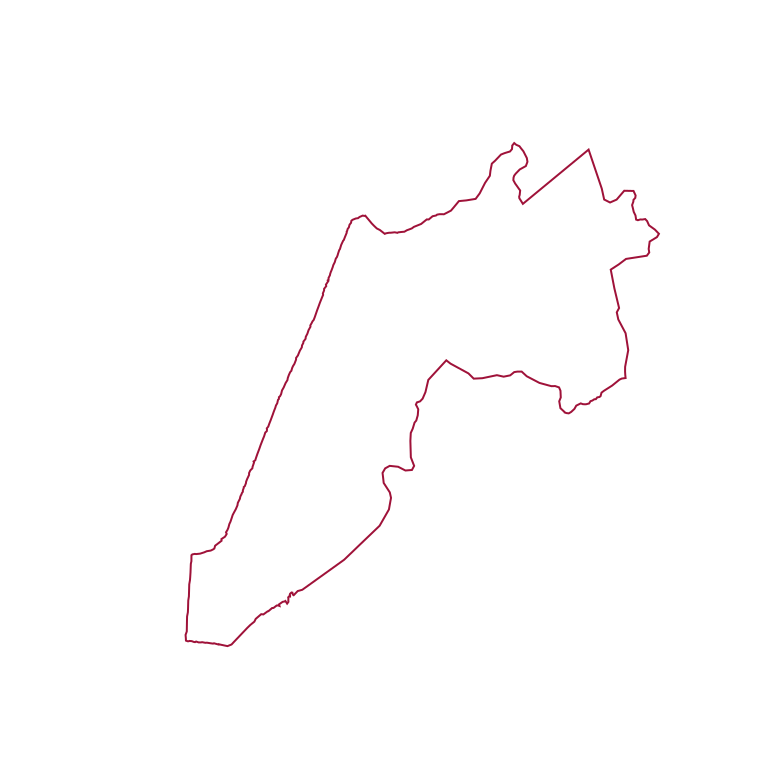 outline of Niafunke, Timbuktu, Mali, rotated 321°
{"feature_id": "8926073B8185774675652", "entity_name": "Niafunke", "entity_type": "district", "adm_level": 2, "iso_a3": "MLI", "parent_name": "Mali", "parent_adm1": "Timbuktu", "projection": "natural_earth1", "projection_center": [-4.268, 15.872], "detail": "fine", "context": "isolated", "style": "outline", "palette": "rose", "viewbox_px": 768, "rotation_deg": 321, "n_neighbors": 0, "source": "geoboundaries", "source_scale": "gbopen_adm2", "svg_char_len": 5605}
<svg xmlns="http://www.w3.org/2000/svg" viewBox="0 0 768 768"><g transform="rotate(321 384 384)"><path d="M692.3,385.0L680.8,387.1L673.9,385.2L671.2,379.2L676.2,369.2L690.5,330.6L605.3,331.4L606.1,324.8L607.0,323.4L608.4,322.5L611.6,319.3L611.7,316.9L611.8,315.6L612.1,310.7L612.8,307.0L614.6,305.1L616.3,304.0L618.8,303.4L624.5,302.7L630.3,303.7L631.4,303.9L635.3,301.6L637.2,298.3L638.8,290.8L638.8,287.2L638.9,284.4L637.7,282.1L637.3,281.3L636.8,278.7L633.7,279.4L633.3,279.9L631.3,282.0L628.2,282.6L626.1,281.7L625.6,281.5L623.6,280.7L622.2,280.2L619.3,279.3L610.8,280.4L606.5,280.6L601.0,285.2L597.3,288.8L589.1,291.3L578.3,296.1L571.7,297.8L565.6,294.3L563.5,293.1L557.3,289.0L553.4,289.8L548.4,290.8L545.2,291.4L541.2,290.6L537.4,289.8L534.2,287.1L531.9,285.8L530.5,285.8L527.3,284.2L522.3,284.3L520.8,283.0L513.6,283.0L506.1,280.7L503.6,280.6L501.1,279.8L498.5,278.9L497.1,278.7L495.7,278.5L493.5,277.0L490.5,275.1L489.6,275.0L488.1,273.2L487.6,272.7L484.9,271.0L482.9,269.5L480.3,268.1L479.1,267.8L477.7,261.7L476.3,258.6L476.1,257.1L475.8,254.7L475.6,252.5L475.5,251.4L475.5,249.4L475.4,243.2L475.4,241.4L474.6,241.1L474.4,240.9L474.1,240.5L473.4,239.7L471.5,239.2L470.1,238.8L468.2,238.8L466.2,237.6L462.9,236.6L461.4,236.6L459.8,238.0L457.5,238.5L455.2,240.2L453.4,240.6L451.6,241.9L451.0,242.0L450.2,243.0L445.8,245.4L443.4,246.8L442.5,246.9L438.2,249.0L436.9,249.9L434.7,251.4L433.4,251.8L430.3,253.8L428.9,254.8L427.1,255.8L425.5,256.2L422.3,258.4L419.4,259.7L417.7,260.9L414.1,263.0L413.6,263.2L412.0,264.2L411.4,264.6L410.5,265.4L407.6,266.7L407.1,267.4L406.6,268.0L405.6,268.0L405.6,268.9L404.3,269.3L403.7,269.5L402.8,269.8L401.4,270.2L400.7,271.6L397.4,272.3L396.3,273.6L394.3,274.7L393.5,275.1L392.8,276.4L391.1,277.3L389.8,278.0L385.7,280.3L385.0,280.7L381.7,282.7L378.3,284.7L372.4,288.4L371.7,288.8L369.6,290.0L367.9,290.3L366.2,291.1L363.6,292.1L362.9,293.2L359.2,294.7L356.1,296.7L352.9,298.1L351.5,299.5L350.3,299.8L348.1,300.3L347.0,301.4L344.6,302.4L343.2,303.8L339.7,305.1L335.8,307.2L335.2,307.6L332.1,308.4L331.0,309.7L327.0,312.0L324.6,312.8L322.8,313.7L320.2,315.5L319.0,315.6L318.0,316.0L315.8,317.1L313.0,318.8L311.4,320.2L308.2,321.3L303.8,323.6L300.7,324.8L297.7,327.1L295.9,327.9L295.4,328.1L294.1,328.1L293.3,329.0L292.8,329.5L291.7,329.6L290.4,330.6L288.9,331.8L286.5,332.7L284.5,334.1L282.5,335.2L280.3,336.5L278.4,337.7L276.2,339.0L275.7,339.3L273.0,340.9L270.5,342.3L269.8,342.7L267.2,344.3L265.0,344.7L264.3,345.9L263.2,346.9L261.2,347.0L257.9,349.2L255.3,350.6L249.7,353.8L246.0,356.1L241.7,358.6L238.0,360.9L235.9,362.3L233.9,362.1L233.6,363.2L231.1,364.8L230.1,365.4L229.8,365.6L228.6,366.7L226.6,366.9L225.5,367.1L224.7,367.5L224.3,367.7L223.7,368.0L223.1,368.3L222.0,369.7L217.7,371.8L215.3,373.2L214.3,374.2L211.5,375.8L210.2,375.8L209.6,376.5L207.4,377.8L206.5,378.9L204.8,379.4L203.4,380.3L202.8,380.4L201.2,381.3L199.8,382.5L195.6,384.4L193.7,386.1L190.1,388.0L186.7,389.4L183.9,390.6L181.8,392.0L178.0,394.4L175.7,395.5L172.7,397.7L170.5,398.9L167.9,399.8L167.4,401.5L166.4,401.9L164.3,402.6L160.1,402.2L159.1,403.6L151.0,403.4L148.6,405.1L147.1,405.0L144.5,404.4L141.0,402.4L138.4,401.7L134.3,400.1L130.9,397.9L130.1,397.0L127.8,395.8L126.6,395.9L122.8,400.5L120.7,402.2L115.1,408.6L111.7,412.3L109.8,414.3L106.6,417.1L98.7,426.3L95.6,429.1L90.3,435.3L87.9,438.0L84.7,440.7L82.9,442.8L75.0,452.2L71.9,454.1L70.0,456.9L68.8,458.5L68.6,458.8L69.1,459.7L69.7,460.6L70.6,461.1L71.2,461.3L72.8,462.9L73.9,464.8L74.7,465.7L75.9,465.9L76.6,467.0L77.3,468.1L79.2,469.7L80.1,470.1L82.3,472.7L83.6,473.6L86.1,476.4L87.8,478.2L88.7,478.5L89.4,479.5L91.5,482.4L91.8,482.2L93.1,483.9L97.4,489.2L101.6,490.5L105.1,490.0L124.3,487.5L128.7,487.1L133.7,487.1L136.5,485.8L143.7,485.6L145.3,487.2L145.9,487.2L149.8,487.4L150.5,487.4L151.1,487.8L156.1,487.7L157.2,488.5L161.2,488.6L162.3,489.4L163.1,490.7L163.7,489.2L168.1,489.5L170.0,490.5L170.8,490.5L170.8,490.8L170.5,493.7L172.5,493.2L172.9,492.8L173.2,492.3L174.7,490.5L174.8,490.4L175.1,489.7L175.4,489.5L176.1,489.3L177.2,490.1L177.8,489.4L177.9,488.7L179.0,487.9L180.9,487.8L181.5,488.5L180.6,490.3L180.9,491.3L186.6,490.6L191.0,492.5L242.4,495.5L250.7,494.8L252.2,494.7L263.6,493.7L291.4,491.4L308.9,484.6L315.0,479.3L317.8,476.9L320.3,471.9L320.9,466.3L321.5,460.7L324.2,456.5L326.9,452.2L331.8,450.3L336.9,451.2L342.9,457.2L346.2,464.7L351.6,468.4L355.9,466.6L358.7,457.9L368.7,444.8L374.0,438.9L378.2,436.8L383.5,433.2L386.1,432.7L388.2,431.2L390.5,429.6L394.7,425.2L395.4,422.3L395.8,420.1L398.0,419.0L401.1,420.2L404.8,419.7L411.1,416.4L421.0,408.7L447.3,404.8L448.5,410.0L456.3,428.9L457.1,436.3L464.1,441.4L477.3,448.2L481.6,453.6L487.5,456.7L492.7,456.7L495.6,458.4L498.8,461.0L499.8,467.8L505.5,481.0L511.1,488.8L512.8,491.1L515.7,493.3L517.9,496.8L516.9,500.3L512.9,505.7L509.3,507.7L505.9,513.8L506.7,519.5L506.5,519.8L507.4,521.3L509.1,523.1L511.9,523.5L516.3,523.2L519.8,521.8L522.5,522.4L524.7,522.9L525.9,524.9L528.1,526.8L531.1,528.2L533.7,527.3L535.5,528.0L537.8,528.2L539.1,529.1L541.3,528.6L543.3,529.7L544.7,529.7L547.6,527.6L550.7,527.7L560.3,528.8L569.8,528.8L572.2,529.4L575.5,531.4L577.2,528.8L579.2,526.0L582.2,522.4L595.1,511.4L603.7,496.6L606.7,481.3L610.0,474.8L614.5,472.9L623.2,454.7L632.2,437.8L641.7,438.8L650.8,439.1L660.4,444.7L669.0,449.7L672.9,448.7L674.7,445.6L680.1,440.5L688.6,441.6L692.2,440.3L691.7,434.5L689.8,427.5L691.0,423.0L690.8,420.2L688.3,418.8L686.7,417.4L684.4,416.5L683.4,414.9L685.5,411.3L686.4,407.4L688.1,403.9L689.4,401.1L692.4,399.3L693.8,397.9L696.4,397.5L698.2,395.8L699.4,391.0L692.3,385.0Z" fill="none" stroke="#9f1239" stroke-width="2"/></g></svg>